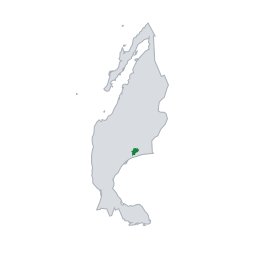 location of Casas, Tamaulipas, Mexico, rotated 67°
{"feature_id": "50627088B27179014352278", "entity_name": "Casas", "entity_type": "district", "adm_level": 2, "iso_a3": "MEX", "parent_name": "Mexico", "parent_adm1": "Tamaulipas", "projection": "mercator", "projection_center": [-98.689, 23.544], "detail": "fine", "context": "in_parent", "style": "filled", "palette": "green", "viewbox_px": 256, "rotation_deg": 67, "n_neighbors": 0, "source": "geoboundaries", "source_scale": "gbopen_adm2", "svg_char_len": 5052}
<svg xmlns="http://www.w3.org/2000/svg" viewBox="0 0 256 256"><g transform="rotate(67 128 128)"><path d="M39.2,68.5L53.9,67.1L53.2,68.6L76.4,77.1L93.6,77.1L93.6,73.9L104.4,74.0L106.2,76.2L113.7,82.4L115.5,87.6L116.9,89.5L123.9,93.5L126.1,92.0L127.8,88.3L129.9,87.4L135.0,88.1L139.1,92.3L141.9,98.2L146.8,103.6L147.1,107.0L149.2,111.2L159.8,115.1L161.2,114.5L158.0,125.1L156.9,137.6L157.4,140.2L160.1,143.8L159.6,145.7L159.7,143.8L157.5,140.7L158.2,143.5L160.9,149.3L165.4,154.8L166.4,158.2L169.5,161.7L168.7,161.6L170.4,162.5L169.9,162.0L173.2,162.4L175.5,163.6L177.6,165.8L183.1,164.1L187.2,163.9L189.9,162.6L192.7,162.3L193.3,162.8L193.1,163.5L195.4,164.0L197.0,162.9L196.6,161.1L195.8,161.5L196.0,161.2L200.3,158.2L200.5,155.7L201.8,154.3L201.8,150.4L202.6,147.4L205.9,145.7L211.6,144.8L214.1,143.8L216.9,143.5L221.6,144.6L221.9,143.9L220.7,143.9L222.3,143.4L224.2,144.7L224.5,146.5L223.5,148.9L220.5,152.5L220.4,154.9L218.9,156.3L219.1,156.9L220.5,156.7L219.1,158.2L219.1,158.8L220.0,158.6L218.2,164.6L217.7,165.1L216.7,163.8L216.5,161.5L215.2,163.9L213.8,164.0L212.1,167.1L210.1,167.1L209.9,168.1L198.7,168.1L198.7,171.7L196.2,171.7L202.2,177.2L202.0,179.2L194.2,179.2L191.3,184.3L192.1,185.5L191.1,188.9L185.5,183.2L180.9,179.3L178.1,177.9L177.8,178.2L180.4,179.5L176.3,178.4L176.6,177.5L175.5,177.8L174.9,177.0L174.1,177.9L175.5,178.3L173.4,178.5L171.4,179.8L165.0,181.9L160.9,180.2L157.5,179.9L155.1,178.4L152.8,177.7L151.3,176.3L145.6,175.1L138.6,172.0L134.0,169.1L132.0,167.2L127.3,166.5L122.8,164.8L119.9,161.6L113.6,158.5L110.3,154.2L109.2,151.5L111.7,150.2L111.2,149.1L110.1,148.7L111.8,146.7L112.0,144.3L110.6,143.4L109.3,141.0L109.3,138.8L108.4,136.8L104.7,133.0L101.4,128.5L96.4,124.5L97.8,125.3L97.9,124.4L95.2,123.5L93.2,120.4L94.6,120.5L90.7,118.4L90.1,117.3L88.7,117.7L88.4,117.2L89.5,116.0L87.6,117.0L86.5,116.0L86.2,114.0L87.6,112.1L88.1,112.5L87.1,110.6L85.9,109.4L84.2,109.4L83.1,106.8L81.0,106.3L79.8,105.2L79.0,102.9L79.5,101.4L75.9,100.7L69.5,93.4L69.2,91.7L68.2,91.1L64.1,81.9L63.7,79.1L64.1,78.2L60.6,77.0L59.8,75.5L58.6,75.0L57.4,75.8L52.6,73.0L53.5,74.8L52.9,78.3L54.0,81.1L55.0,86.4L59.8,91.0L61.4,94.1L62.1,93.9L62.5,94.9L63.2,95.0L63.9,96.9L65.2,97.6L66.0,101.7L68.5,103.8L69.4,106.1L70.5,106.8L71.4,109.6L72.4,110.2L71.8,108.2L73.2,109.4L74.8,115.6L76.4,117.4L78.5,121.8L78.2,123.7L78.7,125.4L80.5,127.0L81.1,125.4L86.3,131.1L85.8,133.3L83.8,134.8L82.7,135.0L80.5,130.3L72.5,123.9L71.7,124.0L70.1,122.0L69.7,120.7L70.2,117.7L69.5,114.8L68.2,112.7L64.3,110.2L63.5,107.7L62.8,108.8L60.8,109.3L59.3,107.6L55.6,105.9L55.0,104.4L52.3,102.3L52.0,101.6L54.8,102.0L56.5,101.4L56.5,102.0L57.9,102.7L57.4,101.0L56.7,100.9L58.0,97.5L52.6,91.1L48.1,88.3L47.3,86.8L47.2,84.4L46.1,83.6L45.7,80.8L44.3,79.7L44.1,78.0L42.1,75.4L41.7,74.2L42.3,73.4L40.9,72.3L39.2,68.5ZM69.3,93.5L68.8,95.2L67.4,94.6L67.9,92.1L68.8,91.9L69.3,93.5ZM63.5,93.2L61.4,91.4L60.8,89.5L61.9,90.2L62.1,91.2L63.2,91.4L63.5,93.2ZM223.5,152.0L223.0,151.5L223.2,150.8L224.5,150.2L223.5,152.0ZM70.2,124.0L68.7,122.4L69.6,119.0L69.3,122.0L70.2,124.0ZM51.2,100.0L50.1,99.8L50.8,97.9L51.3,99.3L51.2,100.0ZM32.4,94.0L31.5,92.8L31.7,92.2L32.0,92.3L32.4,94.0ZM71.4,124.1L72.3,125.3L70.4,124.1L71.4,124.1ZM104.1,143.5L103.9,144.0L103.4,143.8L103.2,142.9L104.1,143.5ZM79.1,120.7L79.4,121.7L78.5,120.4L79.1,120.7ZM75.5,113.9L76.1,114.4L75.3,115.3L75.5,113.9ZM77.2,162.1L76.8,162.3L76.2,161.9L76.7,161.4L77.2,162.1ZM194.7,162.3L193.7,162.6L195.4,162.0L194.7,162.3ZM84.0,126.4L83.5,126.3L83.4,125.4L84.0,126.4Z" fill="#d9dde1" stroke="#a8b0b8" stroke-width="1"/><path d="M150.3,129.8L150.2,129.7L150.2,129.9L150.1,130.0L149.9,130.3L149.7,130.5L149.8,130.6L150.0,130.5L150.3,130.5L150.6,130.6L150.6,130.8L150.6,131.0L150.8,130.9L150.9,131.0L150.9,131.3L150.7,131.3L150.8,131.5L151.4,131.7L151.5,131.7L151.5,132.4L151.4,132.4L151.4,132.7L151.5,132.7L151.5,133.1L151.9,132.9L152.0,132.5L152.2,132.3L152.3,132.4L152.5,132.2L152.9,132.1L152.8,132.3L153.1,132.4L153.1,132.7L153.5,132.9L153.4,133.0L153.5,133.0L153.7,133.3L153.6,133.5L153.8,133.5L154.0,133.6L153.9,133.4L154.0,133.2L154.1,133.3L154.2,133.1L154.3,133.0L154.3,132.9L154.5,132.8L154.6,132.7L154.7,132.4L154.4,132.3L154.2,132.3L154.1,132.5L153.7,132.1L153.8,131.8L153.7,131.6L153.2,131.6L153.3,131.4L153.4,131.2L153.4,130.9L153.2,130.7L152.8,130.3L152.9,130.2L153.0,130.1L152.9,130.0L152.9,129.5L153.1,129.5L153.2,129.2L153.0,128.9L152.7,129.0L152.7,128.9L152.7,128.5L153.0,128.3L153.0,128.2L152.9,128.1L152.8,127.9L152.7,127.8L152.7,128.0L152.5,127.9L152.4,127.9L152.4,128.0L152.3,127.9L152.3,127.7L152.2,127.7L152.2,127.8L151.9,127.9L151.8,128.0L151.8,127.9L151.8,128.0L151.8,127.9L151.7,127.9L151.8,127.9L151.7,127.9L151.8,128.0L151.7,128.2L151.7,128.3L151.7,128.5L151.6,128.4L151.6,128.5L151.7,128.8L151.8,128.9L151.7,128.9L151.8,129.0L151.7,129.0L151.7,128.9L151.6,128.7L151.5,128.8L151.5,129.0L151.5,129.3L151.4,129.3L151.2,129.4L151.3,129.4L151.2,129.4L151.1,129.5L150.9,129.6L150.7,129.7L150.6,129.8L150.4,129.8L150.3,129.7L150.3,129.8L150.3,129.8Z" fill="#22c55e" stroke="#15803d" stroke-width="1.5"/></g></svg>